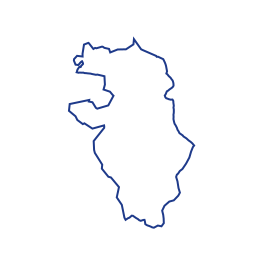 Ife South, Osun, Nigeria, rotated 305°
{"feature_id": "59680162B5974853059370", "entity_name": "Ife South", "entity_type": "district", "adm_level": 2, "iso_a3": "NGA", "parent_name": "Nigeria", "parent_adm1": "Osun", "projection": "albers", "projection_center": [4.591, 7.196], "detail": "fine", "context": "isolated", "style": "outline", "palette": "blue", "viewbox_px": 256, "rotation_deg": 305, "n_neighbors": 0, "source": "geoboundaries", "source_scale": "gbopen_adm2", "svg_char_len": 3251}
<svg xmlns="http://www.w3.org/2000/svg" viewBox="0 0 256 256"><g transform="rotate(305 128 128)"><path d="M79.7,129.9L76.8,139.9L77.7,142.4L74.4,154.5L64.7,158.6L61.5,167.0L52.5,176.5L51.4,178.7L52.2,179.0L54.0,179.7L55.4,180.6L56.9,181.0L58.3,181.3L58.9,182.4L58.9,184.0L58.9,185.6L58.9,186.5L59.1,188.3L58.9,190.1L59.3,191.7L61.5,193.3L62.2,194.2L61.3,195.3L59.2,197.3L59.2,198.9L59.4,200.0L59.9,201.6L60.3,203.4L60.5,204.8L61.2,206.4L63.8,207.7L65.2,208.4L66.7,211.8L70.6,211.9L74.2,209.2L77.0,206.7L79.9,203.4L85.2,202.5L91.4,204.0L95.0,207.0L101.4,208.0L104.8,207.6L107.8,203.8L112.7,199.1L115.5,195.5L117.8,194.8L119.4,195.2L122.4,195.1L123.7,195.5L125.6,196.1L132.1,196.0L139.0,195.2L144.9,193.2L149.6,192.1L151.6,192.2L152.0,190.6L152.3,189.7L152.6,187.2L152.6,184.7L153.0,181.8L152.9,178.2L153.3,177.1L153.3,175.7L153.3,173.1L154.3,171.3L155.0,169.5L156.1,168.1L157.5,165.5L158.2,163.7L159.7,161.9L161.4,160.1L163.2,159.0L165.0,157.6L166.5,156.9L168.2,155.8L169.7,154.7L170.7,153.6L172.2,152.9L172.8,152.5L173.2,152.1L174.7,150.7L176.1,149.6L176.5,148.9L176.8,148.1L175.7,146.7L175.0,144.9L174.6,143.1L174.3,142.4L174.6,141.0L175.7,139.5L177.1,139.5L180.3,138.8L181.8,139.5L183.2,139.8L186.1,140.9L187.9,141.2L189.0,140.9L189.5,140.5L190.0,140.1L190.5,139.7L191.1,139.1L191.6,138.5L192.5,137.3L192.9,135.8L193.6,134.0L193.9,131.6L194.6,129.3L194.6,128.2L196.8,127.5L200.7,123.5L201.8,122.1L202.8,120.6L203.6,119.2L204.6,117.4L203.6,111.7L202.8,110.7L203.1,109.8L203.2,109.7L200.3,95.4L200.0,93.6L204.2,81.9L202.8,82.7L199.6,84.5L191.3,81.2L186.4,74.5L179.7,70.1L181.9,67.1L180.1,62.7L180.1,60.9L179.8,60.1L179.1,59.5L178.3,58.9L175.2,56.4L174.7,55.1L172.9,54.3L175.0,47.3L175.0,46.7L171.1,44.1L162.7,48.2L160.5,49.8L157.9,44.9L153.5,44.3L152.2,45.0L149.8,48.7L149.9,49.0L150.3,49.5L150.4,49.8L150.6,50.2L150.8,50.6L150.9,50.9L151.0,51.1L151.3,51.2L151.6,51.2L151.9,51.3L152.1,51.3L152.4,51.3L152.5,51.3L152.9,51.4L153.1,51.4L153.3,51.4L153.5,51.4L153.8,51.4L154.0,51.5L154.3,51.5L154.5,51.5L154.9,51.6L155.1,51.7L155.4,51.7L155.6,51.8L155.9,51.9L156.1,51.9L156.2,52.0L156.3,52.1L156.2,52.2L156.1,52.4L156.1,52.5L155.9,52.7L155.8,52.8L155.8,53.0L155.7,53.1L155.6,53.3L155.4,53.6L155.3,53.8L155.2,53.9L155.2,54.0L154.9,54.2L154.8,54.3L154.7,54.4L154.4,54.4L154.2,54.4L153.9,54.3L153.7,54.3L153.4,54.2L153.2,54.2L152.9,54.2L152.7,54.1L152.4,54.0L152.2,54.0L151.9,54.0L151.7,54.0L151.4,54.2L151.2,54.2L151.0,54.3L150.9,54.3L150.7,54.2L150.6,53.9L150.5,53.7L150.4,53.6L150.3,53.4L150.3,53.2L150.1,53.1L149.9,53.1L149.6,53.1L149.4,53.1L149.2,53.1L148.9,53.1L148.7,53.1L148.3,53.1L148.1,53.1L147.9,53.1L147.7,53.1L147.3,53.1L147.1,53.1L146.9,53.2L146.7,53.2L146.4,53.3L146.2,53.3L145.9,53.4L145.6,53.5L145.4,53.6L145.1,53.7L144.9,53.8L144.7,53.9L144.2,54.0L144.9,55.8L145.2,56.0L147.8,59.8L148.0,60.8L148.9,62.2L149.4,63.2L151.1,66.2L151.6,67.6L153.2,71.2L154.2,72.3L156.1,77.0L156.9,79.0L150.3,84.2L145.5,85.9L147.4,92.4L146.3,96.4L146.1,97.6L135.2,98.9L126.2,91.7L126.1,90.1L128.7,84.1L127.2,80.7L128.7,80.1L114.2,66.5L108.2,69.8L107.5,78.3L105.5,81.9L105.3,88.8L106.8,89.6L107.1,99.2L116.4,106.9L115.7,107.6L114.4,108.4L101.6,107.6L97.6,107.4L90.6,112.8L88.6,115.1L83.2,127.9L79.7,129.9Z" fill="none" stroke="#1e3a8a" stroke-width="2"/></g></svg>